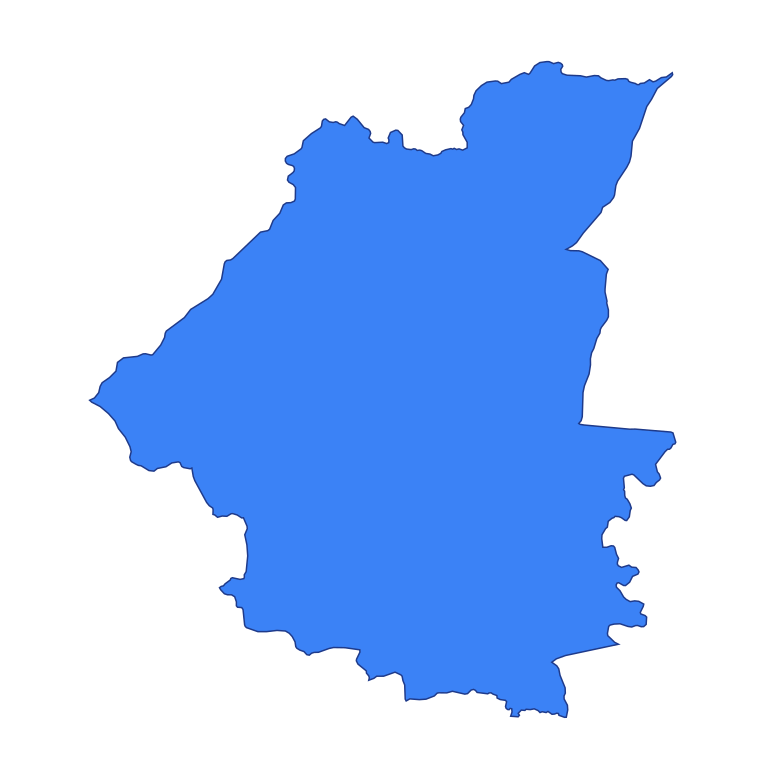 Kaloleni, Coast, Kenya, rotated 92°
{"feature_id": "3690345B39012511095910", "entity_name": "Kaloleni", "entity_type": "district", "adm_level": 2, "iso_a3": "KEN", "parent_name": "Kenya", "parent_adm1": "Coast", "projection": "orthographic", "projection_center": [39.512, -3.773], "detail": "fine", "context": "isolated", "style": "filled", "palette": "blue", "viewbox_px": 768, "rotation_deg": 92, "n_neighbors": 0, "source": "geoboundaries", "source_scale": "gbopen_adm2", "svg_char_len": 6104}
<svg xmlns="http://www.w3.org/2000/svg" viewBox="0 0 768 768"><g transform="rotate(92 384 384)"><path d="M62.9,106.8L67.3,112.5L68.1,117.5L71.9,123.2L72.6,125.7L70.6,129.3L74.1,134.4L74.7,138.4L75.9,139.6L75.9,141.6L74.9,143.2L73.8,148.2L72.9,150.0L71.0,151.1L70.4,153.5L70.9,160.8L72.3,163.9L72.1,165.9L73.0,170.1L72.8,172.4L70.5,177.8L68.5,180.4L68.4,184.6L70.2,192.5L69.1,198.4L69.0,211.9L67.6,216.7L66.0,217.9L63.4,218.3L60.2,216.5L58.6,217.0L57.2,218.7L56.5,221.1L57.9,225.7L56.1,230.2L56.1,232.4L57.3,239.4L60.9,244.6L68.2,248.9L69.5,250.3L68.0,254.6L69.8,258.9L75.1,267.4L78.0,269.7L79.7,277.2L77.4,280.9L77.3,283.3L78.7,291.6L82.4,297.1L87.7,302.2L92.3,304.2L95.9,304.5L101.6,306.5L104.5,309.0L105.9,312.4L110.1,313.1L114.7,316.5L116.6,317.0L119.1,316.6L122.7,313.5L127.3,315.1L129.5,314.0L132.1,313.8L139.5,309.3L145.1,309.1L147.5,313.5L146.4,317.2L147.1,319.7L146.0,322.1L146.9,323.5L146.4,325.3L147.8,330.6L149.6,334.3L151.5,335.3L153.2,338.2L154.2,342.7L152.6,346.1L152.1,350.3L149.5,354.4L149.0,356.4L149.4,359.0L148.1,360.7L147.9,362.5L148.8,365.0L148.4,369.7L147.2,371.9L145.5,373.4L134.5,374.5L130.1,379.0L129.9,381.1L132.4,386.3L138.0,388.4L139.9,387.6L142.6,387.7L143.6,389.7L142.4,393.7L143.1,401.8L142.7,403.4L138.7,407.6L134.0,406.1L132.0,406.7L130.1,408.3L128.5,412.8L120.3,420.0L117.4,424.2L118.5,426.2L127.0,432.4L125.3,437.9L124.0,439.7L123.6,441.3L124.4,443.9L123.9,447.8L121.1,451.6L121.6,453.5L123.3,454.8L128.7,455.5L130.3,456.6L136.3,465.3L143.7,473.1L150.7,474.3L152.0,475.2L157.1,481.7L159.8,488.7L162.0,490.4L164.6,490.4L166.8,489.1L167.9,487.3L168.9,483.2L169.8,481.8L171.8,481.0L174.2,481.2L175.8,482.3L179.6,486.9L183.5,487.6L185.7,486.0L187.9,481.6L190.7,479.3L202.3,479.1L204.3,479.9L206.0,483.4L206.4,487.9L208.6,490.9L217.0,494.1L224.4,500.5L233.3,503.7L234.8,505.5L236.5,512.7L263.9,539.4L265.4,541.7L266.0,545.4L267.4,547.0L269.5,547.8L284.9,550.0L300.3,558.2L304.9,562.9L316.2,579.8L324.6,585.8L338.7,603.4L340.9,604.4L345.1,604.9L352.9,608.5L362.8,616.2L363.2,617.8L362.1,623.3L362.3,625.8L365.0,631.4L367.0,645.3L371.7,651.1L380.5,652.3L387.2,658.6L392.5,665.7L396.3,667.6L402.6,668.8L408.1,672.9L410.5,677.6L412.4,675.4L416.4,666.9L423.2,658.3L430.4,651.5L437.9,647.8L446.2,640.7L455.5,635.7L460.5,634.3L466.0,635.5L469.3,634.6L470.5,633.5L472.7,629.4L473.9,626.7L474.2,623.9L478.7,615.9L478.9,613.6L479.1,610.8L476.3,607.5L474.3,599.0L470.3,593.3L469.0,586.8L469.7,585.1L473.4,583.3L474.5,581.3L475.5,574.7L474.7,573.1L483.0,571.4L487.2,569.7L508.6,557.1L511.7,554.4L513.9,550.9L515.6,550.4L520.3,550.4L520.7,548.7L523.0,545.7L521.6,541.1L521.7,536.4L519.0,532.3L518.8,530.7L520.0,526.2L522.8,521.5L522.6,519.8L530.9,515.9L533.4,515.6L539.5,517.9L549.5,515.4L560.6,514.2L576.3,515.2L579.6,517.0L581.9,516.8L583.4,517.3L584.3,521.0L582.9,528.8L583.7,530.3L585.2,530.8L589.3,535.9L591.3,537.4L592.0,539.7L593.3,541.3L595.4,540.0L599.2,536.2L600.1,533.1L600.0,529.0L601.8,525.8L606.9,523.9L610.8,523.8L612.2,522.6L612.4,518.4L614.3,517.0L629.5,514.9L631.1,514.2L632.3,512.9L635.9,501.4L635.6,492.8L634.0,482.3L634.3,473.9L636.4,470.0L639.6,466.9L644.8,463.9L649.6,463.0L651.2,461.8L652.9,458.8L654.2,454.6L657.2,451.7L657.6,449.2L655.6,447.0L654.7,444.5L654.4,440.1L650.2,429.6L649.1,425.2L648.9,413.8L650.5,398.9L652.8,398.7L659.9,401.8L661.6,402.0L664.8,400.3L671.3,391.7L673.6,391.4L676.3,389.0L678.2,388.4L680.6,388.9L678.5,383.8L676.3,381.1L676.0,374.1L671.6,362.9L674.1,357.0L675.4,355.7L679.8,354.7L684.1,352.8L698.2,351.8L700.0,350.8L697.8,347.2L698.2,337.6L697.5,331.0L694.0,322.8L691.1,320.1L690.7,318.4L690.5,310.5L688.7,304.9L691.1,292.4L690.5,289.7L686.8,286.2L686.1,283.8L687.0,281.9L689.0,280.2L690.0,269.5L689.1,268.2L688.9,266.2L690.1,264.3L691.4,260.3L693.9,260.0L695.3,256.9L695.9,251.6L697.2,250.4L702.1,251.3L703.9,250.6L705.0,249.1L705.1,247.6L703.8,246.6L704.1,245.0L707.4,244.6L711.6,245.8L711.9,238.3L710.3,237.1L708.4,238.4L705.1,235.4L705.3,231.8L704.1,230.6L704.3,226.5L703.4,222.5L705.0,218.6L706.9,216.6L706.0,214.5L706.7,210.5L705.5,208.7L708.2,204.6L707.9,202.0L707.0,200.0L707.2,198.2L709.0,197.6L710.8,192.0L710.7,190.2L703.3,189.0L698.6,189.5L692.5,193.0L689.5,193.2L686.6,192.0L681.3,192.4L669.0,197.9L662.6,199.4L659.6,201.5L656.2,206.6L652.6,202.1L649.0,193.1L635.9,140.6L634.1,144.5L627.7,151.6L625.4,152.0L618.4,151.0L617.0,149.6L615.9,145.6L615.4,139.7L617.8,131.7L618.2,127.9L616.6,124.0L616.5,122.0L617.6,118.5L617.4,116.0L615.1,113.6L607.8,113.4L606.3,115.0L604.8,119.4L603.3,119.9L597.3,117.2L594.9,116.7L592.3,121.8L592.0,125.9L592.9,130.4L590.8,134.5L588.5,137.1L582.3,141.0L579.0,144.6L576.7,145.0L574.8,144.1L574.4,142.5L577.0,137.5L577.0,135.6L573.5,131.6L567.6,128.9L565.1,123.6L562.9,122.6L561.0,123.5L558.6,125.7L558.4,130.1L556.5,132.9L559.0,140.2L557.5,143.4L555.9,144.5L553.9,144.5L550.1,143.5L546.1,145.7L539.3,147.7L537.9,149.0L537.7,151.3L539.4,155.6L539.5,159.6L531.0,161.0L527.1,160.9L520.8,157.5L519.3,155.8L513.4,155.1L510.2,151.4L509.5,149.6L508.2,148.5L508.4,144.6L509.3,142.1L511.9,138.2L512.0,136.7L508.2,134.2L501.8,133.5L499.4,132.5L495.1,134.1L490.7,136.9L489.5,138.7L487.1,139.5L482.7,139.8L481.3,140.9L479.3,140.2L469.8,141.4L467.8,140.5L465.5,133.0L466.1,131.2L474.5,121.8L476.6,118.4L476.9,114.2L476.0,110.6L472.9,108.4L470.3,105.3L468.4,104.3L464.3,105.9L462.3,107.7L454.8,109.8L441.9,100.8L439.4,98.4L439.2,96.4L437.9,95.0L434.3,93.2L433.6,91.1L432.0,90.4L422.8,93.5L422.0,95.7L420.3,131.4L420.6,136.8L418.8,168.5L418.0,182.6L417.5,186.6L416.7,188.0L413.8,185.7L409.8,184.7L385.5,184.8L378.7,183.6L366.9,179.4L357.7,178.3L351.5,178.6L345.5,177.6L341.3,175.6L331.1,172.9L325.6,170.0L322.0,169.7L319.7,168.7L312.6,163.7L309.0,162.1L302.2,162.3L295.1,164.3L293.5,164.0L284.5,166.3L281.4,166.4L266.5,165.6L261.6,164.0L253.1,172.1L244.9,190.5L244.1,193.9L244.2,202.4L243.1,206.7L239.4,200.5L236.0,196.6L226.2,190.1L205.0,173.1L199.8,171.7L194.7,164.6L189.7,161.1L187.1,160.2L177.6,159.2L173.0,157.6L159.0,149.0L153.5,146.4L147.7,145.1L132.6,144.2L119.7,137.6L97.6,131.1L90.2,126.6L79.1,121.2L66.7,107.5L64.8,106.3L62.9,106.8Z" fill="#3b82f6" stroke="#1e3a8a" stroke-width="1.5"/></g></svg>